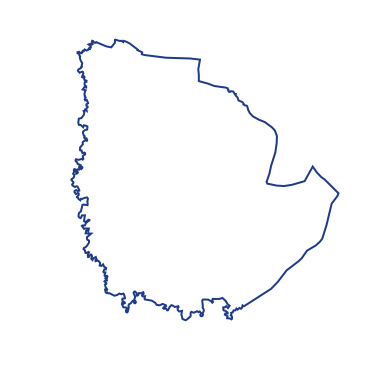 Ban Mai Chaiyaphot, Buri Ram, Thailand (Natural Earth projection), rotated 13°
{"feature_id": "78962969B40296665264995", "entity_name": "Ban Mai Chaiyaphot", "entity_type": "district", "adm_level": 2, "iso_a3": "THA", "parent_name": "Thailand", "parent_adm1": "Buri Ram", "projection": "natural_earth1", "projection_center": [102.815, 15.571], "detail": "fine", "context": "isolated", "style": "outline", "palette": "blue", "viewbox_px": 384, "rotation_deg": 13, "n_neighbors": 0, "source": "geoboundaries", "source_scale": "gbopen_adm2", "svg_char_len": 5849}
<svg xmlns="http://www.w3.org/2000/svg" viewBox="0 0 384 384"><g transform="rotate(13 192 192)"><path d="M170.0,61.2L160.3,62.3L136.5,67.0L115.2,69.2L112.1,69.1L112.0,67.1L107.0,66.0L107.2,65.5L97.9,61.3L94.0,60.3L91.3,60.1L91.2,61.3L89.3,60.6L87.4,61.1L83.2,60.8L82.7,61.1L83.3,63.9L80.8,69.2L75.7,69.4L65.0,67.5L64.6,68.3L63.3,68.5L61.7,67.2L60.7,67.1L60.6,67.9L61.9,70.4L60.8,71.2L59.7,70.5L58.1,71.5L60.0,72.4L60.9,73.6L60.9,74.0L59.7,74.5L60.3,75.7L59.0,75.9L58.9,76.8L57.5,77.9L55.4,77.3L55.2,78.6L54.3,78.5L53.7,79.1L54.0,80.1L53.0,80.7L53.2,81.6L51.4,81.8L50.4,80.8L49.0,81.5L49.2,82.5L51.2,83.0L51.6,84.4L52.5,84.9L52.5,86.4L53.9,88.9L56.1,91.2L56.0,93.2L56.6,94.6L55.8,95.2L55.9,96.3L53.9,97.9L53.5,99.5L55.7,101.1L57.9,99.4L58.6,99.5L59.5,100.8L58.9,104.7L59.7,104.9L60.4,103.6L61.0,103.7L61.5,104.2L61.2,105.4L62.0,107.0L64.2,107.3L64.3,108.4L63.0,108.4L62.8,110.1L63.4,112.0L65.2,112.9L65.4,114.0L63.5,114.1L62.4,116.7L65.5,116.8L65.1,118.3L65.3,121.4L66.1,122.4L66.1,123.3L67.1,123.7L66.6,125.9L67.4,126.8L68.7,125.9L70.8,128.8L69.4,130.4L69.7,131.7L70.9,132.1L71.3,132.7L70.2,134.5L71.1,136.6L69.3,135.9L69.1,137.1L68.2,137.5L69.2,138.7L69.2,141.3L67.6,144.9L65.2,146.0L65.6,150.1L66.7,152.0L68.4,151.7L71.4,153.4L71.7,151.3L74.4,151.3L75.4,151.7L75.8,154.8L74.0,155.5L73.2,156.4L72.3,157.7L72.4,158.9L73.7,161.0L74.9,161.8L74.6,162.9L75.3,164.0L77.0,163.4L78.2,164.9L78.1,165.7L76.6,165.7L74.5,167.5L74.3,168.3L74.9,170.1L73.0,173.6L73.3,176.2L73.8,176.6L75.0,176.3L76.4,178.7L78.5,177.8L79.1,178.2L79.4,179.4L77.9,180.7L77.5,181.9L78.7,184.2L78.2,185.0L76.9,184.7L74.2,186.2L71.6,186.2L71.4,187.1L71.8,188.2L73.1,188.7L74.3,190.3L77.7,191.0L77.7,191.6L76.5,192.4L76.5,193.0L78.6,192.3L79.5,192.4L79.8,193.0L78.9,194.7L77.6,194.3L77.0,194.7L76.9,195.6L75.3,195.7L74.7,196.2L74.6,196.9L76.3,198.4L76.2,199.4L75.4,200.1L75.0,200.0L74.3,197.7L72.6,196.0L72.2,196.1L71.9,197.3L72.6,198.7L72.1,200.8L72.3,201.3L73.6,201.6L73.5,204.6L71.7,206.7L71.7,207.3L74.3,209.2L74.3,210.4L73.5,211.5L73.9,212.4L76.7,213.5L78.1,212.4L79.1,212.4L81.7,215.4L81.9,216.0L80.5,216.8L78.6,216.2L77.4,217.4L77.5,218.6L79.4,220.1L80.9,218.7L81.9,218.8L82.3,220.5L81.0,222.5L81.1,223.0L82.3,223.3L83.1,224.4L85.1,225.2L85.3,223.6L86.5,223.5L88.4,222.0L91.0,220.9L92.1,221.9L92.2,225.2L92.9,226.5L93.1,228.3L89.0,228.7L88.2,229.2L88.1,235.8L86.6,238.0L86.8,241.0L87.7,242.1L89.1,242.6L89.6,242.1L90.0,239.6L92.9,238.9L93.3,244.6L94.0,245.1L95.3,244.9L97.4,242.3L98.4,242.4L98.4,243.0L97.5,243.6L95.7,246.1L95.1,248.7L92.8,249.2L92.3,249.8L95.2,252.2L96.4,251.5L99.7,250.8L99.8,253.6L98.6,253.0L97.6,253.6L97.7,256.2L103.1,255.2L99.8,259.6L100.5,261.9L102.6,262.5L103.0,264.5L101.7,268.2L100.6,269.9L99.3,270.7L99.1,272.0L100.8,273.0L101.9,275.3L102.7,275.2L104.6,273.7L105.2,273.9L104.6,276.9L105.3,278.7L106.0,278.6L107.2,275.8L108.0,275.6L109.0,277.1L108.8,279.6L110.3,280.7L110.8,278.8L112.9,277.0L114.1,278.9L113.2,279.9L113.6,281.1L115.5,280.1L116.4,280.2L118.5,281.8L118.6,284.4L120.4,284.4L121.6,282.5L123.3,284.6L125.5,285.4L125.5,286.8L124.0,287.1L123.6,289.7L123.9,290.2L125.7,289.9L125.5,292.8L125.9,293.4L126.7,293.6L127.9,292.8L128.6,293.3L128.5,294.6L127.2,294.5L127.0,295.7L128.6,296.3L129.0,297.3L127.3,297.9L126.8,298.8L129.1,300.1L129.1,300.8L128.0,301.7L129.2,304.1L131.2,306.0L131.1,306.6L129.9,305.9L129.2,306.5L130.2,308.8L131.4,309.7L132.2,309.1L133.2,309.6L134.4,309.2L139.7,310.5L142.1,309.3L144.1,307.3L146.1,307.5L147.9,306.4L148.6,306.8L150.6,310.4L150.5,310.8L148.3,311.5L148.2,312.6L149.2,314.0L151.0,314.5L151.6,315.3L150.2,316.4L149.0,315.5L148.9,317.0L151.1,319.8L154.0,319.4L154.7,319.8L154.8,320.8L154.2,322.3L154.9,323.8L155.9,323.9L156.3,323.3L156.4,318.8L155.6,316.8L155.8,315.7L157.5,314.0L158.6,311.5L159.6,311.5L160.9,313.3L161.8,313.1L162.1,312.3L161.8,311.3L159.9,309.8L160.3,307.1L157.8,303.6L158.0,302.3L158.9,301.8L160.8,302.9L161.3,304.9L161.8,305.4L162.7,304.7L163.0,302.5L165.4,302.0L167.1,300.6L167.8,302.0L166.6,303.6L166.6,304.2L167.5,304.8L169.7,304.1L169.7,306.4L170.1,307.3L177.3,306.9L181.2,308.3L182.9,309.9L186.0,309.7L188.5,307.7L192.0,308.2L192.4,308.9L190.2,310.9L190.1,311.7L191.0,312.1L192.8,311.3L194.5,312.9L195.2,312.6L196.1,309.0L197.4,306.9L198.4,306.9L201.1,307.9L204.3,306.4L204.8,307.0L204.2,308.8L204.7,310.3L206.4,311.3L209.0,310.1L209.2,313.7L211.3,317.8L214.5,318.4L215.8,317.3L218.6,313.4L217.9,310.3L218.3,308.9L220.9,309.2L223.8,307.0L225.5,307.6L226.4,306.7L228.1,307.9L227.7,309.9L228.1,310.6L229.0,311.0L230.0,310.4L230.3,309.1L229.7,307.8L230.3,305.2L229.5,303.3L228.3,302.3L228.3,300.9L226.4,295.6L226.8,294.3L231.9,293.2L235.0,294.1L236.7,295.3L237.2,294.5L236.1,292.7L236.2,291.5L242.6,290.1L245.5,288.4L249.1,290.4L252.3,293.6L254.2,294.4L253.2,297.0L251.0,295.5L249.9,297.0L248.4,297.4L249.0,299.6L249.5,300.2L251.4,300.3L253.8,301.4L254.0,302.4L251.7,303.0L251.6,304.1L254.6,305.1L254.6,307.1L257.4,306.7L259.1,307.2L259.5,306.5L259.2,305.0L258.8,304.2L257.6,303.5L257.9,301.9L257.3,301.0L258.8,299.9L259.1,298.1L260.9,297.6L261.5,295.6L262.9,296.3L264.4,294.3L266.0,294.8L266.7,293.7L266.8,291.1L268.3,291.7L290.9,268.5L295.8,260.3L301.8,247.1L311.4,235.5L313.8,231.9L317.3,223.2L324.6,216.3L327.8,211.7L329.4,208.3L330.5,194.4L330.7,171.9L334.6,163.3L335.0,160.3L318.5,150.0L314.6,148.4L309.4,145.0L303.9,140.1L299.3,156.1L287.6,162.6L280.3,165.5L273.1,166.7L263.5,166.9L262.4,165.4L263.3,156.9L263.2,148.3L264.3,134.9L263.5,125.2L262.2,118.5L259.0,113.5L255.5,111.1L247.3,107.5L240.8,106.5L234.1,104.5L230.5,102.0L228.3,99.4L226.4,95.9L225.5,95.5L224.1,95.7L222.4,95.1L222.5,94.3L220.9,93.1L216.7,92.3L215.0,89.6L212.7,88.0L212.6,86.7L211.7,87.0L209.6,84.8L207.0,85.1L206.5,85.9L205.7,86.1L204.5,85.2L204.5,84.1L203.7,83.8L203.4,82.9L201.4,82.7L189.9,83.7L183.2,82.8L173.7,82.4L172.4,76.7L170.5,70.9L170.0,61.2Z" fill="none" stroke="#1e3a8a" stroke-width="2"/></g></svg>